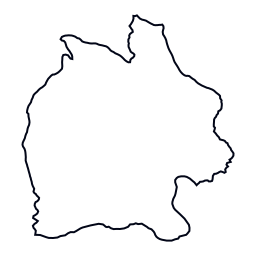 the district of Conceição das Alagoas, Minas Gerais, Brazil
{"feature_id": "56859067B76812944203742", "entity_name": "Conceição das Alagoas", "entity_type": "district", "adm_level": 2, "iso_a3": "BRA", "parent_name": "Brazil", "parent_adm1": "Minas Gerais", "projection": "robinson", "projection_center": [-48.354, -19.942], "detail": "fine", "context": "isolated", "style": "outline", "palette": "ink", "viewbox_px": 256, "rotation_deg": 0, "n_neighbors": 0, "source": "geoboundaries", "source_scale": "gbopen_adm2", "svg_char_len": 4528}
<svg xmlns="http://www.w3.org/2000/svg" viewBox="0 0 256 256"><path d="M219.0,94.8L217.7,93.8L216.1,92.6L214.2,90.8L212.5,89.7L210.8,89.0L208.5,88.1L207.0,87.8L205.4,87.1L203.6,86.3L201.8,85.5L200.1,84.5L198.2,83.4L196.4,81.9L194.6,79.9L192.7,78.8L191.1,77.6L189.3,76.1L187.7,75.8L186.2,75.9L184.5,75.3L182.6,73.9L180.9,72.1L179.6,70.3L178.2,67.7L177.1,65.9L175.8,63.9L174.6,62.0L173.9,60.3L173.2,58.1L172.4,55.9L171.5,54.0L170.6,52.4L169.5,50.4L168.4,48.0L167.8,46.2L167.2,44.4L166.6,42.2L166.2,40.3L165.4,38.3L164.3,36.3L163.1,34.5L162.7,31.9L163.1,30.0L163.6,28.2L163.4,26.2L162.3,24.6L160.7,24.9L159.2,24.9L157.5,25.1L155.5,25.2L153.8,25.0L152.5,24.3L151.2,23.7L149.9,23.0L148.2,22.0L145.9,20.6L143.8,20.0L142.0,19.6L140.0,18.6L138.2,16.8L136.9,15.4L135.1,16.1L133.4,15.9L133.5,18.5L132.9,20.8L132.0,22.4L130.9,24.2L129.5,26.0L130.4,27.2L131.4,28.8L132.4,30.0L132.8,31.9L131.1,33.1L129.9,34.1L129.2,35.6L129.5,37.5L128.4,39.4L128.3,41.8L128.9,43.4L128.5,44.9L128.6,46.9L129.9,49.7L130.7,51.7L132.0,52.7L133.4,53.5L134.4,54.6L134.2,56.2L132.8,57.8L131.5,58.5L130.4,59.9L130.1,62.2L128.4,62.3L126.6,61.4L124.8,60.0L123.1,58.2L121.4,56.6L120.1,55.6L118.5,54.7L117.0,54.0L115.3,53.3L113.5,52.0L111.5,51.1L110.4,50.2L109.1,48.6L107.5,47.1L106.0,46.3L103.9,45.8L102.0,45.3L100.2,45.0L98.6,44.6L97.0,43.8L95.4,43.4L93.8,43.4L91.4,43.5L89.5,43.3L87.4,42.8L85.5,42.5L84.0,42.1L82.2,41.4L80.7,39.7L79.2,38.5L77.3,38.1L75.3,36.7L73.5,36.0L71.7,35.5L70.1,35.4L68.5,35.3L66.8,35.5L65.3,35.6L63.7,36.1L61.9,36.9L60.6,39.2L61.9,40.5L63.8,40.9L65.2,42.4L65.9,44.6L66.5,46.7L68.0,49.2L69.5,51.1L70.6,52.9L71.7,54.6L72.2,56.3L72.3,59.0L70.5,58.6L69.2,57.0L68.2,55.4L65.7,54.6L63.3,55.0L62.4,57.0L62.3,59.5L62.1,62.1L62.2,64.2L62.3,66.3L62.0,68.7L60.6,70.2L59.3,71.5L57.7,72.8L55.9,73.8L54.3,74.5L52.6,74.6L51.1,75.7L49.7,77.2L48.2,78.8L47.1,80.7L46.1,82.6L45.3,84.6L43.9,85.9L42.2,87.3L40.8,88.1L39.6,89.0L38.3,90.3L37.1,91.7L35.9,92.7L34.5,94.0L33.5,95.3L32.7,97.7L31.6,99.9L31.0,102.2L29.7,104.2L28.6,105.8L27.8,107.9L27.2,110.3L27.0,112.5L28.4,113.9L28.5,116.5L29.0,118.9L29.4,120.8L29.5,122.5L29.1,124.9L28.1,127.1L27.6,128.7L27.3,130.4L27.0,132.2L26.1,133.9L25.4,135.9L24.8,138.3L23.7,140.6L22.8,142.6L22.5,144.7L23.0,146.5L24.4,148.6L25.1,150.6L25.4,152.3L25.6,154.4L25.8,157.2L25.7,158.9L25.7,160.7L26.3,162.8L27.0,164.8L27.4,166.5L28.0,168.3L28.5,170.3L29.1,172.5L29.7,174.5L30.1,176.5L30.7,178.0L31.0,179.6L31.7,181.8L32.0,183.8L32.7,185.8L34.2,188.8L33.5,191.7L34.5,193.2L35.8,194.0L36.7,195.5L38.0,196.7L39.1,197.9L38.8,199.5L37.4,201.2L35.6,202.1L34.8,203.8L34.6,205.6L35.4,207.3L36.1,208.9L37.3,209.8L38.2,211.4L37.3,213.5L35.4,215.0L33.5,216.0L33.1,218.0L34.7,219.0L36.1,219.9L37.8,221.0L36.4,222.7L34.5,223.9L32.9,225.8L33.6,227.9L34.8,229.2L35.8,230.7L35.5,233.0L35.2,234.8L37.6,234.9L40.2,235.0L46.3,237.2L48.7,237.9L53.1,238.0L57.5,237.5L60.4,236.1L65.2,235.3L68.1,233.2L70.6,232.1L74.0,232.2L76.1,231.1L80.5,228.4L82.6,227.5L90.6,225.4L98.7,223.8L102.9,224.4L104.5,225.6L105.6,226.7L107.0,227.1L108.7,226.7L111.1,228.3L113.6,229.1L116.6,228.9L119.9,229.0L124.2,228.4L128.1,226.8L130.1,224.4L133.5,224.2L135.8,223.3L138.1,224.1L141.8,223.7L145.2,225.8L147.0,226.9L148.5,228.2L151.5,229.3L153.7,231.6L154.7,233.3L155.2,234.8L156.4,236.7L157.8,237.9L159.7,239.0L161.9,239.7L166.7,240.6L171.7,240.6L175.1,239.3L178.2,238.6L179.5,236.5L186.2,234.8L187.6,233.3L189.4,231.0L189.5,227.8L188.9,224.8L184.5,218.6L180.1,214.3L175.1,209.7L173.7,207.8L172.3,203.9L172.4,202.0L173.3,198.8L174.9,195.7L175.5,193.7L176.8,187.0L175.2,182.3L175.2,180.0L176.7,178.0L178.3,176.9L181.3,176.3L184.3,176.3L186.8,176.9L189.9,178.6L192.9,181.2L194.4,182.4L196.6,185.2L197.6,184.1L198.8,183.2L200.0,181.8L201.6,181.7L203.3,181.4L204.8,180.6L206.2,180.4L207.7,180.4L208.8,181.4L210.6,181.4L212.1,180.9L212.6,179.1L212.9,175.9L214.2,173.9L216.2,173.7L218.0,172.9L219.2,172.1L220.8,171.4L222.9,172.1L224.4,172.8L225.7,172.0L225.2,169.4L226.4,167.7L228.0,166.5L226.5,164.7L227.1,163.0L229.2,162.3L230.7,161.9L229.5,159.7L231.1,158.7L232.2,157.6L233.4,155.7L233.5,153.3L232.3,151.5L231.2,150.1L230.6,148.3L229.2,146.7L228.0,144.9L227.5,143.2L226.0,142.5L224.9,141.0L223.5,140.3L221.8,139.9L219.9,139.4L218.9,137.2L217.1,135.4L215.7,133.4L213.9,131.5L214.5,129.8L215.0,127.8L213.8,126.4L213.8,124.4L214.0,121.7L214.1,119.5L214.8,118.0L216.0,116.8L216.6,115.1L218.0,113.6L218.3,111.3L220.1,110.3L221.4,108.6L221.6,107.0L221.8,105.2L221.8,103.5L221.3,101.9L221.6,100.4L220.2,98.4L220.0,95.9L219.0,94.8Z" fill="none" stroke="#020617" stroke-width="2"/></svg>